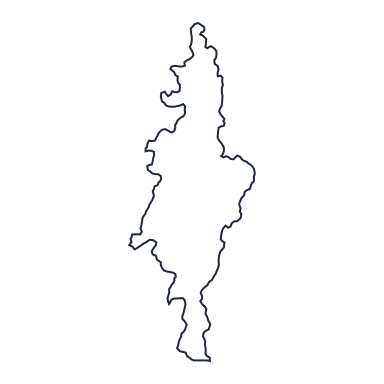 the district of Vargem Alta, Espírito Santo, Brazil
{"feature_id": "56859067B87559017000874", "entity_name": "Vargem Alta", "entity_type": "district", "adm_level": 2, "iso_a3": "BRA", "parent_name": "Brazil", "parent_adm1": "Espírito Santo", "projection": "natural_earth1", "projection_center": [-41.009, -20.648], "detail": "fine", "context": "isolated", "style": "outline", "palette": "slate", "viewbox_px": 384, "rotation_deg": 0, "n_neighbors": 0, "source": "geoboundaries", "source_scale": "gbopen_adm2", "svg_char_len": 4308}
<svg xmlns="http://www.w3.org/2000/svg" viewBox="0 0 384 384"><path d="M204.5,29.5L203.7,26.6L200.9,24.9L198.0,23.0L194.6,24.2L192.5,26.7L190.7,28.6L191.1,33.0L191.7,36.4L191.8,39.1L191.6,42.0L191.1,44.4L190.0,46.2L190.5,48.5L192.5,51.8L193.5,55.0L192.0,57.3L189.7,59.0L186.7,60.5L184.3,62.5L184.9,65.7L182.9,66.3L180.4,66.6L178.1,66.3L175.9,65.9L173.6,66.0L171.4,66.7L170.4,69.0L172.0,70.3L174.1,72.1L175.5,75.2L177.9,76.5L177.4,80.0L178.3,83.1L180.0,84.8L179.9,87.7L179.4,91.2L177.1,92.3L174.7,92.2L172.2,91.3L170.7,94.5L168.0,96.2L166.4,94.1L164.8,91.7L161.3,93.0L160.8,96.1L161.4,99.2L162.2,101.7L164.2,102.7L165.5,105.0L167.5,106.2L169.9,106.6L172.6,106.8L174.9,106.6L177.1,106.1L180.1,105.5L183.1,104.1L185.1,106.3L184.7,109.5L185.1,112.7L184.3,115.1L182.8,116.7L181.0,117.4L179.2,119.0L177.5,120.5L176.6,122.9L175.1,125.2L175.3,127.8L174.5,130.6L172.0,132.6L169.9,131.8L167.7,130.4L165.5,129.2L162.9,129.5L161.1,130.5L159.0,132.6L157.3,136.0L156.0,138.2L155.2,140.5L151.7,141.1L149.0,140.6L147.4,143.7L147.0,147.0L145.6,148.7L145.6,151.3L148.2,150.6L151.3,150.7L153.9,151.9L154.2,154.8L153.1,158.6L152.5,162.2L151.7,164.7L149.7,164.8L147.3,166.0L147.9,170.0L150.2,171.4L152.2,173.4L155.3,174.2L158.0,174.1L160.7,176.0L161.1,179.3L160.1,181.2L158.5,182.6L157.5,185.2L154.6,186.4L153.9,188.9L152.8,191.2L153.4,193.6L153.9,196.1L152.3,199.9L150.8,202.4L149.4,204.8L148.6,207.2L147.2,209.6L145.8,211.9L145.3,214.1L143.7,215.9L142.6,217.6L142.1,220.8L141.4,225.2L140.5,228.5L141.8,231.6L140.3,234.4L137.4,234.3L135.5,234.3L132.2,234.5L131.6,237.2L130.5,239.1L131.6,241.9L129.3,245.1L132.3,246.5L134.6,249.4L137.5,247.8L140.5,245.8L143.4,243.7L146.7,241.9L149.4,239.9L151.7,240.0L153.6,240.4L156.4,242.5L155.9,245.3L154.2,247.3L152.6,249.6L151.7,251.8L152.7,254.4L155.9,255.7L157.0,259.8L159.2,261.2L160.8,262.3L160.8,265.1L162.0,267.9L163.9,270.4L166.8,271.5L168.8,271.8L170.7,272.2L172.9,272.6L175.3,274.0L175.8,276.9L174.3,278.2L174.4,280.5L173.2,283.2L171.5,284.9L170.6,286.9L169.1,289.1L169.3,292.1L168.6,295.1L167.5,298.0L168.1,301.5L169.0,304.0L170.4,301.7L171.7,299.6L173.8,298.5L175.9,298.5L178.5,298.4L180.8,298.2L182.9,298.2L184.4,299.8L185.2,302.2L185.4,304.7L184.9,307.1L184.3,309.5L183.4,313.3L182.3,316.0L182.4,318.9L185.2,321.9L186.7,324.6L185.8,327.1L185.0,329.7L183.1,332.3L181.3,333.8L181.2,336.4L180.1,338.5L178.8,341.9L178.2,345.4L177.0,348.2L178.7,349.7L180.0,351.2L182.3,351.8L185.8,352.6L186.9,355.8L189.4,357.7L191.7,359.5L194.0,360.4L201.2,360.4L203.9,360.4L206.6,360.4L209.9,361.0L209.7,357.6L206.8,355.9L205.4,353.4L205.8,350.1L205.5,347.4L204.9,344.4L205.2,341.7L204.5,339.2L203.0,336.4L203.7,332.5L206.1,330.6L208.6,329.5L209.7,326.5L210.3,324.0L208.4,321.0L207.2,317.0L205.4,313.8L205.9,311.4L206.4,309.1L204.8,306.6L202.2,304.2L200.3,301.2L202.1,298.9L202.1,296.1L200.7,292.9L201.8,290.3L203.4,288.4L205.1,286.9L207.3,285.2L209.4,281.7L211.9,280.0L213.3,277.5L214.6,275.2L215.9,273.4L216.8,270.8L218.0,268.1L218.9,264.6L218.6,260.3L219.0,256.6L219.6,253.5L220.6,251.1L222.3,249.4L223.9,247.3L224.1,244.8L224.5,242.5L222.4,241.2L220.7,239.2L221.2,235.5L221.5,233.2L222.1,231.1L223.1,228.3L225.4,225.8L228.1,227.7L230.6,226.5L231.6,223.6L233.0,222.1L234.8,221.2L236.8,221.4L238.3,220.1L240.5,218.2L241.4,214.2L239.8,211.5L240.6,208.3L239.7,206.0L239.1,203.8L240.2,201.1L241.5,198.0L243.0,196.6L244.3,194.8L244.5,192.0L246.8,190.2L249.9,188.8L250.9,185.6L252.0,183.0L253.7,181.5L254.0,179.0L253.8,176.6L254.6,174.5L254.7,172.2L253.8,168.5L252.5,166.6L251.1,165.1L249.1,163.9L246.4,161.6L244.1,160.9L241.9,159.4L240.1,156.7L237.2,155.6L235.3,157.3L233.5,159.3L230.7,158.9L228.4,157.0L225.7,156.2L223.5,157.4L221.2,156.0L222.6,154.4L223.5,152.4L224.0,150.0L223.7,147.1L221.9,143.8L220.1,141.8L218.7,140.0L217.6,137.3L218.1,131.8L218.7,127.6L221.0,126.4L223.7,125.9L224.7,123.2L223.3,121.2L224.4,118.9L222.8,117.0L220.6,114.3L219.1,111.7L220.0,108.6L221.6,106.0L222.1,102.6L222.3,99.4L222.5,95.6L221.8,92.6L221.9,90.0L221.9,87.6L222.9,84.8L222.1,81.2L222.5,77.6L220.7,75.7L217.8,76.2L217.5,73.5L218.5,69.5L217.7,66.0L214.7,63.9L214.3,60.1L216.0,57.8L216.5,54.5L216.3,51.2L215.1,49.3L213.3,47.7L210.6,46.1L207.3,48.2L205.4,47.1L205.8,44.2L206.1,41.5L206.3,39.2L204.7,37.6L202.7,35.5L200.2,34.5L201.2,32.4L203.4,31.7L204.5,29.5Z" fill="none" stroke="#1e293b" stroke-width="2"/></svg>